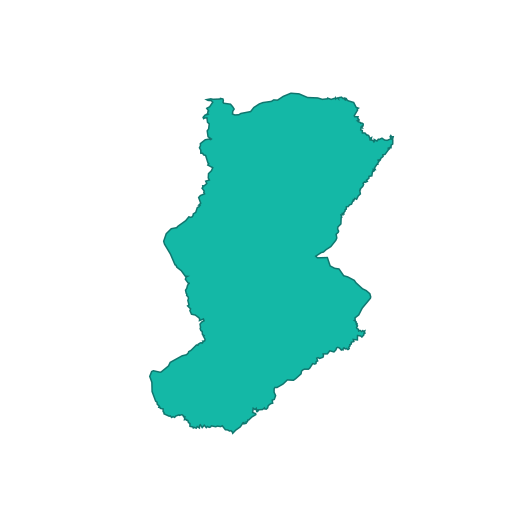 Mafinga, Muchinga, Zambia (orthographic projection), rotated 217°
{"feature_id": "96606910B74743827741249", "entity_name": "Mafinga", "entity_type": "district", "adm_level": 2, "iso_a3": "ZMB", "parent_name": "Zambia", "parent_adm1": "Muchinga", "projection": "orthographic", "projection_center": [33.262, -10.323], "detail": "fine", "context": "isolated", "style": "filled", "palette": "teal", "viewbox_px": 512, "rotation_deg": 217, "n_neighbors": 0, "source": "geoboundaries", "source_scale": "gbopen_adm2", "svg_char_len": 6117}
<svg xmlns="http://www.w3.org/2000/svg" viewBox="0 0 512 512"><g transform="rotate(217 256 256)"><path d="M389.6,351.1L387.9,351.4L385.2,353.2L383.1,352.8L382.8,347.3L384.2,344.3L381.2,343.3L381.2,342.0L380.2,340.8L380.6,339.8L379.8,339.9L381.5,337.9L381.7,334.9L380.5,334.2L380.1,335.3L378.3,336.8L375.2,333.6L372.9,333.4L370.3,329.0L370.3,326.6L366.1,322.4L362.0,322.6L362.2,321.7L364.0,321.0L366.5,318.3L368.1,312.3L366.7,310.6L366.3,308.4L363.8,307.3L362.0,304.9L360.4,305.9L358.7,305.2L356.8,306.0L350.2,301.3L349.4,301.4L349.2,299.6L343.7,300.5L342.9,297.3L343.5,293.2L341.1,289.6L339.0,288.6L341.2,285.5L338.9,284.3L339.6,280.9L340.8,280.0L339.8,279.0L339.9,277.7L336.4,276.7L336.0,275.4L334.5,274.7L336.8,270.8L337.0,268.2L331.9,264.9L332.3,262.2L331.2,262.7L331.2,261.0L332.0,259.3L330.4,254.6L331.4,251.8L330.6,250.5L330.6,248.7L331.5,247.5L333.2,246.9L333.4,241.9L336.4,232.3L336.3,231.0L340.1,226.8L341.1,219.8L338.6,212.2L336.2,210.4L325.6,206.1L315.3,200.2L314.3,200.5L312.5,199.4L306.9,199.3L300.3,197.3L298.6,198.4L299.2,197.2L298.4,194.9L294.0,193.6L292.4,194.3L293.2,193.6L293.0,191.3L291.8,188.4L291.7,186.3L289.3,184.2L288.3,184.0L287.7,182.8L285.4,182.4L284.4,181.5L283.7,179.5L280.1,176.6L280.6,175.0L276.4,174.4L275.9,172.6L272.5,170.7L269.0,172.3L264.3,172.3L263.1,171.8L262.3,170.4L260.1,174.1L258.5,173.0L259.6,170.6L259.7,167.9L257.3,165.6L256.9,164.4L255.2,163.3L253.5,163.3L251.7,161.2L249.7,161.1L250.1,160.5L246.5,158.8L245.9,157.2L247.2,156.0L246.6,155.8L246.5,154.2L246.0,153.9L247.1,154.0L248.1,153.2L249.1,150.6L248.7,149.7L250.0,149.1L251.1,141.6L252.2,139.1L251.7,137.7L252.1,135.3L254.9,131.9L260.5,119.4L259.7,115.5L261.9,106.5L262.5,105.5L268.9,102.6L269.8,100.9L268.4,95.9L263.1,92.4L257.4,85.2L248.8,79.7L247.0,79.7L245.7,78.2L243.0,77.9L242.6,76.7L241.6,77.4L240.7,76.7L238.1,78.0L236.6,75.9L235.2,75.6L234.5,74.6L228.9,75.8L228.3,76.7L226.2,76.3L225.6,77.8L223.9,78.1L223.7,80.0L221.9,82.8L221.3,82.6L219.7,84.7L217.8,84.8L217.4,84.2L215.9,84.7L216.0,83.7L214.9,83.3L214.6,82.2L213.0,83.6L212.4,83.1L211.4,83.6L209.7,82.3L208.0,82.5L206.2,80.2L203.5,81.5L202.6,80.9L201.8,82.2L200.1,82.5L200.3,84.4L197.7,84.6L199.1,86.8L198.9,87.7L195.7,86.6L195.5,89.7L192.4,89.0L192.2,90.6L190.2,91.0L189.4,92.1L189.4,93.5L185.4,95.4L184.4,97.0L181.5,98.5L180.8,100.1L175.9,98.8L174.1,100.0L171.8,100.3L170.9,101.4L169.3,101.3L167.9,100.4L167.4,104.7L165.7,110.1L166.0,115.2L165.6,115.5L165.5,114.6L164.8,114.5L163.2,116.4L164.0,117.5L163.1,118.4L163.8,120.2L163.1,120.7L162.4,125.0L160.7,129.2L161.5,129.9L164.5,129.0L166.6,132.7L164.4,132.8L164.1,134.4L161.8,132.2L161.3,132.5L161.1,133.8L162.1,134.1L158.4,137.3L157.8,139.7L157.0,139.1L155.6,139.9L155.3,141.6L156.2,143.9L155.4,146.9L154.1,148.5L156.3,150.6L155.1,152.5L156.3,156.3L159.6,158.1L161.6,160.9L161.8,162.4L160.1,163.6L157.3,170.2L156.4,175.9L151.3,179.3L150.5,181.8L149.1,189.0L150.3,191.3L150.2,192.8L149.3,194.7L146.0,197.2L145.6,198.7L146.0,204.2L144.1,205.0L143.4,206.2L144.4,207.9L143.6,209.3L146.0,210.9L145.3,212.2L143.6,212.4L141.6,215.4L142.0,216.8L143.4,218.2L140.1,220.8L140.0,224.7L136.0,226.3L135.7,229.1L136.3,231.1L135.8,232.2L134.0,232.8L131.3,232.2L131.1,233.0L130.0,233.3L130.7,234.8L130.4,235.6L128.8,235.5L127.9,236.7L126.7,236.4L126.0,237.0L125.9,238.2L127.0,238.9L126.8,240.9L127.7,241.6L126.9,243.1L128.0,244.4L126.4,246.6L128.1,247.9L124.5,250.0L127.1,253.6L124.4,255.1L122.7,255.0L122.4,257.9L123.2,259.1L122.6,260.0L123.7,260.5L124.1,261.7L124.8,260.5L125.8,260.7L126.1,259.2L128.1,259.2L128.9,257.9L130.2,259.1L131.5,258.8L132.6,259.3L132.9,261.1L132.2,261.3L133.5,261.1L133.8,261.9L134.9,262.0L134.7,262.8L136.3,263.1L136.6,263.8L138.4,263.8L138.0,264.2L139.7,266.2L138.5,270.8L139.8,278.3L139.2,291.1L139.8,292.4L142.4,294.4L147.2,294.7L151.3,293.9L160.2,294.8L162.8,295.7L170.2,294.5L174.1,293.0L181.9,295.6L185.8,293.5L190.8,292.7L198.1,297.7L205.8,291.5L208.2,291.8L206.0,297.9L204.5,299.8L203.9,303.2L201.9,308.6L201.7,316.5L202.3,319.0L205.1,321.6L204.6,324.4L205.0,325.6L207.0,326.6L208.1,328.5L207.5,332.7L211.1,337.9L210.8,338.4L212.5,339.7L211.9,339.8L212.6,341.7L211.5,341.6L211.9,342.4L211.3,342.6L212.0,343.2L211.9,345.5L212.7,346.7L212.1,347.7L213.5,349.7L212.1,351.0L212.1,353.1L210.9,354.9L211.8,357.9L211.2,358.6L212.1,359.6L211.4,359.9L211.8,361.4L209.8,361.9L210.5,365.4L210.0,368.4L212.7,370.9L212.4,371.7L213.1,372.3L212.6,375.8L213.1,377.9L214.3,378.5L213.9,380.5L213.2,380.5L212.0,382.6L213.4,383.0L212.6,386.0L213.7,387.6L211.7,389.7L213.7,393.3L213.1,394.4L214.0,394.8L213.9,395.5L212.3,395.7L214.1,395.9L212.8,396.8L214.3,397.5L214.6,402.1L213.9,402.6L214.6,403.5L214.7,405.4L215.4,405.6L214.8,406.5L215.9,406.4L214.7,408.0L215.1,409.1L214.4,412.0L215.6,413.1L214.1,414.8L214.2,420.4L215.3,421.7L214.8,422.4L213.9,422.1L214.2,423.5L213.4,423.8L214.8,425.9L214.2,427.7L216.6,431.0L217.8,431.0L217.3,431.7L218.2,433.8L219.4,432.8L220.8,433.3L220.7,432.0L218.7,431.0L220.8,427.3L223.0,426.0L226.3,425.9L227.8,423.1L228.6,422.9L228.6,420.6L231.5,420.2L230.6,419.3L230.5,418.1L232.2,418.7L234.8,417.3L235.5,418.2L234.3,418.6L235.0,420.1L235.5,419.0L236.3,418.7L238.3,419.9L239.6,419.9L240.0,419.2L243.0,419.8L245.1,418.3L246.6,420.2L248.3,419.7L249.4,421.7L248.3,422.2L249.5,422.6L248.8,423.6L249.5,423.9L249.1,425.0L249.9,426.0L251.5,425.9L252.2,425.0L252.9,425.4L255.3,424.8L255.4,425.9L256.4,425.3L255.9,426.9L257.8,427.3L258.3,428.6L261.1,426.6L262.0,427.3L262.7,433.6L263.6,434.3L263.2,435.7L265.5,435.0L270.4,437.4L275.9,435.4L277.8,435.5L278.5,434.3L279.5,434.5L279.1,435.9L280.5,435.4L281.3,434.1L283.3,434.3L285.0,432.5L285.3,431.7L284.8,431.2L285.9,431.4L286.9,429.8L287.5,430.1L287.2,429.4L287.9,429.6L290.2,426.3L293.8,425.2L293.5,424.6L297.3,421.0L301.8,419.4L310.2,413.6L319.2,411.4L326.1,407.0L330.3,399.9L332.6,393.4L335.8,391.3L336.7,388.8L342.8,382.7L344.9,379.4L347.1,373.3L347.2,368.1L353.9,360.7L354.7,358.5L357.9,355.8L360.3,355.3L361.7,357.7L361.9,360.2L364.6,361.2L367.7,361.9L373.7,358.6L374.8,358.9L375.7,360.6L376.9,361.5L379.3,360.4L379.2,359.7L384.6,355.3L386.7,354.3L389.6,351.1Z" fill="#14b8a6" stroke="#0f766e" stroke-width="1.5"/></g></svg>